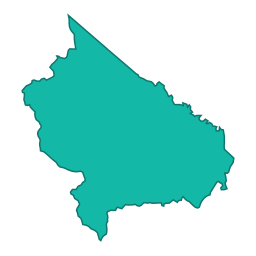 Mallet, Paraná, Brazil (orthographic projection)
{"feature_id": "56859067B70608233597047", "entity_name": "Mallet", "entity_type": "district", "adm_level": 2, "iso_a3": "BRA", "parent_name": "Brazil", "parent_adm1": "Paraná", "projection": "orthographic", "projection_center": [-50.854, -25.87], "detail": "fine", "context": "isolated", "style": "filled", "palette": "teal", "viewbox_px": 256, "rotation_deg": 0, "n_neighbors": 0, "source": "geoboundaries", "source_scale": "gbopen_adm2", "svg_char_len": 3197}
<svg xmlns="http://www.w3.org/2000/svg" viewBox="0 0 256 256"><path d="M78.3,171.6L80.4,171.2L82.6,172.1L84.4,177.2L85.1,178.8L85.0,181.0L82.6,182.5L81.3,184.8L78.1,186.3L76.2,189.4L72.4,189.5L70.5,192.1L70.9,193.8L73.4,195.3L74.7,198.5L78.1,200.6L79.6,204.3L77.2,208.3L76.5,210.3L77.4,212.5L78.3,216.2L80.9,218.2L82.1,221.8L82.8,224.5L86.2,225.2L88.6,226.3L91.0,228.7L95.1,230.6L97.4,232.6L99.3,239.4L100.8,240.6L101.7,238.4L103.3,236.1L106.3,234.0L106.7,232.1L106.9,228.9L106.4,225.0L106.7,222.9L107.7,221.3L107.4,219.6L107.8,217.6L107.6,215.4L106.8,213.3L107.8,211.5L109.3,211.0L111.0,210.1L112.5,210.4L115.5,210.4L117.1,207.3L119.4,207.9L121.8,208.7L122.9,207.4L124.2,205.9L125.5,204.7L128.4,205.0L130.1,204.9L133.2,204.8L135.1,204.3L137.5,205.8L139.2,206.1L141.2,205.3L143.8,202.7L146.5,202.9L148.1,203.1L149.6,202.6L152.4,203.2L155.8,203.1L158.4,202.9L161.2,202.9L162.0,205.6L163.7,206.1L164.1,203.9L166.1,203.2L169.4,203.1L171.2,201.5L173.3,199.9L177.3,202.3L178.5,200.6L181.3,200.2L181.7,198.3L183.1,196.6L184.4,198.3L186.5,200.3L189.2,201.6L193.6,205.9L195.6,207.4L197.9,208.0L199.4,207.0L200.2,204.5L201.3,201.8L202.8,199.8L204.2,198.0L206.9,195.9L210.0,194.8L210.6,192.1L212.4,189.4L213.2,187.8L214.4,186.0L216.9,182.1L218.9,181.5L220.1,182.9L221.8,183.4L222.7,185.9L220.8,187.9L221.3,189.7L224.4,189.6L227.0,188.7L225.7,185.6L225.1,182.9L226.2,181.1L226.0,178.6L225.5,175.8L224.8,173.0L227.2,173.3L228.6,172.1L230.2,166.9L232.1,164.1L233.2,162.3L233.8,158.1L224.4,149.3L224.1,145.6L224.4,143.2L224.3,136.2L223.8,133.3L223.3,129.9L221.2,129.5L219.5,127.3L219.2,130.8L216.3,130.8L215.8,128.8L216.7,126.8L214.7,126.2L212.9,126.2L211.7,123.7L209.5,122.4L208.0,123.7L206.3,123.4L208.0,120.9L205.4,119.2L203.3,121.0L201.6,121.4L199.7,120.1L198.9,118.0L201.0,115.5L196.7,115.5L194.7,116.4L193.4,115.0L190.3,113.5L192.5,112.1L190.4,109.7L190.6,106.7L189.2,104.9L187.6,107.1L186.8,104.3L185.0,103.7L182.9,102.9L183.2,105.6L180.1,104.6L177.3,104.6L174.5,104.6L172.3,100.5L172.7,97.3L171.4,95.2L168.6,96.6L167.7,94.5L166.7,92.2L165.5,90.6L164.0,88.1L164.1,85.6L161.2,83.7L159.1,81.9L157.1,83.5L156.6,85.3L154.9,85.9L153.1,83.3L151.5,81.9L149.6,81.3L147.0,80.9L143.7,78.9L139.0,77.0L137.9,74.6L136.1,73.8L129.3,67.9L107.4,49.2L103.6,45.8L99.8,42.6L68.4,15.4L69.2,19.3L69.2,23.4L69.5,26.7L70.6,29.7L72.0,31.7L74.3,34.3L74.4,39.8L74.8,42.8L75.4,46.1L75.7,49.1L69.7,48.9L68.3,50.5L67.2,55.8L66.4,57.5L64.6,58.5L60.4,57.6L58.5,56.2L56.8,56.0L57.9,58.3L56.1,60.3L54.8,61.9L51.9,64.4L49.9,67.3L53.5,71.2L54.1,74.2L53.9,76.1L52.3,77.2L49.0,78.9L46.6,80.1L44.2,78.3L41.5,79.1L39.8,81.0L37.4,81.2L33.9,80.0L32.2,80.6L31.7,83.1L29.2,84.7L26.6,85.7L25.2,87.2L22.2,90.5L22.5,92.4L24.3,93.0L24.4,94.9L24.2,97.5L23.9,99.6L24.8,102.4L25.4,104.9L27.5,105.5L29.5,104.7L30.4,107.1L32.4,109.3L35.1,111.9L34.8,113.8L35.1,116.6L36.2,119.6L39.1,122.0L40.0,123.9L41.1,125.7L41.1,127.5L39.6,129.3L38.1,131.5L37.6,133.6L38.2,136.1L39.8,138.8L40.2,140.6L39.7,143.6L39.8,145.8L40.3,148.0L40.5,150.8L43.7,151.7L45.6,153.2L47.7,155.0L50.4,157.5L53.9,160.5L56.3,162.4L58.0,165.2L59.9,166.9L63.1,167.6L65.4,168.4L67.9,169.7L70.3,170.6L72.5,171.3L75.5,171.7L78.3,171.6Z" fill="#14b8a6" stroke="#0f766e" stroke-width="1.5"/></svg>